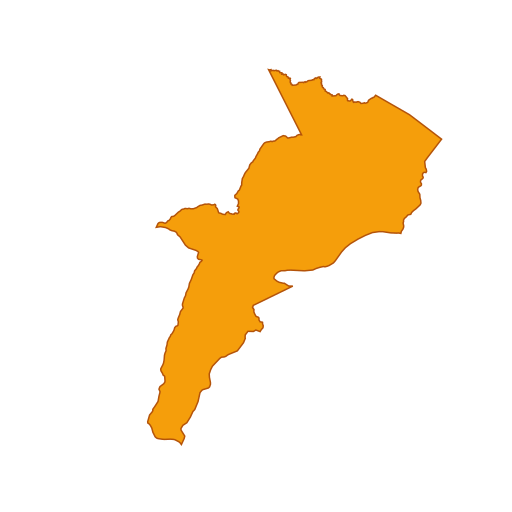 outline of Prainha, Pará, Brazil, rotated 217°
{"feature_id": "56859067B77775808132226", "entity_name": "Prainha", "entity_type": "district", "adm_level": 2, "iso_a3": "BRA", "parent_name": "Brazil", "parent_adm1": "Pará", "projection": "equal_earth", "projection_center": [-53.549, -1.918], "detail": "fine", "context": "isolated", "style": "filled", "palette": "amber", "viewbox_px": 512, "rotation_deg": 217, "n_neighbors": 0, "source": "geoboundaries", "source_scale": "gbopen_adm2", "svg_char_len": 6129}
<svg xmlns="http://www.w3.org/2000/svg" viewBox="0 0 512 512"><g transform="rotate(217 256 256)"><path d="M202.1,60.5L203.5,66.9L204.5,69.3L211.0,71.8L212.1,73.0L212.5,76.8L210.9,81.2L211.5,87.9L212.8,93.8L212.5,96.5L214.7,104.9L218.5,113.2L218.4,116.2L218.0,117.3L214.6,121.9L214.3,123.5L215.2,126.2L216.3,127.6L220.2,131.1L222.4,133.7L223.8,137.9L224.5,141.8L223.3,152.4L222.7,154.4L220.7,156.2L219.7,157.7L219.1,159.9L218.4,161.3L213.8,169.0L213.8,179.2L215.0,183.8L215.8,184.5L217.1,186.5L217.1,191.0L212.6,194.2L211.6,196.8L207.2,198.1L207.4,199.2L207.4,201.4L207.2,202.2L207.4,203.2L208.2,204.6L210.1,205.9L210.5,206.6L211.0,207.0L213.1,205.9L215.1,206.7L216.2,208.1L216.7,208.4L217.3,208.5L219.6,207.8L221.9,208.8L223.8,209.9L224.9,211.0L225.1,211.8L225.8,211.9L226.5,212.6L226.9,212.4L228.0,213.0L228.1,214.0L228.5,214.9L208.5,254.1L211.8,251.7L217.0,251.3L217.7,250.7L221.8,248.9L224.3,248.5L228.0,248.7L228.8,249.7L229.3,251.1L229.4,252.2L229.1,254.8L228.6,256.7L227.1,259.3L223.9,261.8L222.4,263.5L219.8,265.6L208.3,273.4L204.5,276.9L202.2,279.0L200.4,282.3L198.1,285.5L195.9,288.1L194.4,288.9L193.1,290.5L191.9,292.4L190.0,297.1L189.8,299.8L190.1,310.8L189.6,316.5L188.0,322.7L184.7,330.9L181.0,338.4L177.1,344.8L172.4,349.5L169.3,351.8L162.4,355.5L157.6,358.8L155.8,360.3L153.9,361.2L154.8,363.3L154.8,365.7L155.4,367.8L156.1,368.9L158.4,370.9L158.8,372.2L159.8,373.5L160.1,375.3L159.6,377.4L159.4,380.0L159.2,380.5L157.5,382.4L157.9,384.4L157.5,387.1L156.7,389.7L155.8,394.9L155.7,395.8L156.1,397.5L158.0,399.6L160.0,401.1L162.4,403.9L165.5,405.1L166.9,406.4L167.6,407.9L167.6,408.9L166.6,411.3L166.6,412.2L167.4,413.3L169.0,413.9L169.7,414.8L170.1,416.2L169.6,417.5L169.5,418.4L169.6,419.1L170.1,419.7L171.0,419.9L171.5,420.5L172.4,421.8L172.5,422.4L172.3,423.7L172.0,424.1L170.5,424.9L170.7,426.3L172.3,427.8L173.6,428.3L174.2,428.8L178.2,433.0L178.3,437.5L178.1,461.0L218.4,461.2L257.2,456.4L257.3,453.9L257.5,453.4L257.9,453.1L258.2,451.9L258.7,451.6L259.8,448.2L259.7,447.6L259.3,446.5L259.5,445.4L260.8,443.6L261.7,443.6L262.3,442.5L264.1,440.9L265.5,441.3L267.2,440.8L268.0,440.1L268.1,439.4L268.9,439.1L269.5,438.3L270.0,438.3L270.6,437.4L272.3,438.3L273.0,439.1L273.8,439.0L274.0,436.7L274.5,436.1L276.3,435.2L276.8,435.5L277.6,436.8L281.4,437.7L282.6,437.2L282.8,436.6L283.4,436.0L285.6,434.7L286.9,435.0L287.3,435.4L288.0,434.8L288.5,433.5L288.6,432.1L291.5,429.6L292.1,430.5L293.3,429.9L294.0,430.2L294.6,429.8L296.1,430.2L296.6,429.4L298.9,429.7L300.0,429.4L301.0,430.6L302.2,430.3L303.6,431.0L304.2,430.7L305.5,431.5L305.7,432.1L306.7,432.1L307.2,433.0L308.1,433.3L308.4,433.8L308.3,434.6L309.2,435.2L309.5,436.0L310.2,436.6L312.1,436.2L312.5,436.8L312.7,437.4L314.0,436.3L314.2,435.1L314.8,434.0L315.4,434.3L316.2,432.8L315.8,431.7L317.1,430.6L317.1,430.0L319.5,427.8L320.1,426.8L320.2,425.9L321.0,424.6L321.6,424.8L322.1,424.0L322.2,423.2L322.9,423.1L326.1,420.5L326.3,419.5L326.0,418.2L326.5,417.9L326.9,416.7L329.8,414.1L330.3,414.6L331.0,414.7L331.7,414.4L332.2,415.2L332.9,415.1L333.7,415.9L334.0,416.8L335.1,417.4L335.4,418.5L336.1,418.5L336.4,417.9L337.2,417.5L337.9,418.2L338.6,418.2L339.5,417.8L340.1,418.1L340.9,419.0L342.0,418.7L342.8,417.4L343.3,417.3L343.9,417.7L344.8,416.8L345.0,417.5L345.5,417.9L347.4,416.8L348.3,417.7L348.8,417.2L349.9,417.3L350.5,416.4L351.3,416.7L352.5,415.6L353.1,414.8L354.1,414.6L354.6,413.9L355.1,413.6L355.4,413.0L356.2,413.9L357.1,412.8L358.1,412.4L292.5,380.2L293.3,379.6L294.3,379.3L294.9,378.6L295.8,377.1L296.0,375.4L297.9,373.1L298.9,372.5L300.9,370.0L301.7,369.3L304.5,369.6L306.7,368.5L309.0,364.0L309.3,362.3L309.8,361.4L309.8,360.3L310.3,359.0L311.4,358.1L312.0,357.0L313.2,356.7L314.1,355.4L316.2,353.3L317.1,351.8L317.4,350.6L317.2,343.8L316.5,342.0L316.7,339.9L316.4,339.4L315.9,335.5L315.4,333.8L315.5,330.4L315.2,329.4L315.8,327.5L315.8,325.0L314.5,321.8L314.7,316.3L314.4,314.3L313.8,312.0L313.5,309.6L311.5,305.9L310.1,304.0L310.1,302.9L308.9,298.5L309.3,297.5L308.9,294.2L309.4,291.9L309.2,291.3L307.9,289.9L304.9,290.5L303.1,289.4L301.5,287.3L300.9,284.5L299.1,285.0L298.6,284.5L298.5,282.8L298.2,281.8L296.4,281.2L296.1,280.8L296.1,279.8L296.3,278.7L296.8,278.3L297.8,278.3L298.6,277.7L298.9,276.7L298.6,276.2L300.4,275.0L301.2,274.9L302.4,274.2L303.4,274.2L304.8,274.6L305.7,272.8L305.5,270.6L307.7,269.3L309.8,268.9L311.5,268.1L312.0,268.2L315.5,270.6L317.9,270.9L318.6,272.2L319.3,272.6L320.1,272.5L320.4,271.6L322.2,270.0L324.0,269.6L325.2,269.0L326.4,267.8L328.1,266.6L329.8,264.1L331.1,262.8L332.1,260.4L332.5,259.0L334.5,256.0L336.4,254.5L338.2,253.8L339.2,252.5L341.3,251.3L342.1,249.8L342.8,249.2L343.4,248.2L343.6,246.4L344.4,244.3L345.2,239.4L345.7,238.1L347.1,236.7L347.1,235.5L346.7,233.9L346.9,231.9L347.5,231.1L347.6,229.0L348.0,227.9L348.3,227.4L351.1,226.5L353.1,224.9L353.6,224.0L353.8,222.9L352.9,218.9L350.0,221.9L345.4,224.3L342.1,225.1L340.8,225.0L338.7,225.5L336.1,226.7L334.3,227.0L332.5,226.5L331.8,225.9L331.0,225.7L328.2,225.6L318.9,222.2L314.7,221.9L307.2,224.4L304.8,224.6L304.0,224.3L302.5,220.2L301.5,219.1L299.9,218.8L297.3,220.1L296.5,220.2L296.4,218.8L297.0,217.2L296.5,215.5L296.3,213.6L296.4,211.8L296.0,210.2L296.1,207.2L295.2,205.3L295.1,203.0L293.6,198.4L292.7,194.1L291.0,190.8L290.4,188.7L289.7,184.5L288.4,181.9L288.0,179.4L285.8,173.3L284.9,172.2L283.5,171.3L282.9,170.4L282.9,166.2L281.7,163.3L280.9,160.1L280.3,158.3L279.9,157.8L278.4,156.7L276.7,153.8L276.7,153.1L277.7,151.6L277.8,149.8L277.0,147.9L276.7,146.8L276.3,143.4L276.6,141.7L276.0,140.1L276.1,138.9L275.0,133.9L273.6,131.5L272.3,128.0L270.8,126.2L270.2,123.7L269.4,121.7L266.7,117.5L265.4,114.8L264.9,113.0L264.2,108.7L263.7,107.9L262.6,107.0L260.3,106.1L258.2,104.9L257.2,105.1L256.5,104.9L253.4,101.4L252.9,100.3L252.8,98.4L254.1,94.0L253.7,92.3L253.3,91.2L251.1,90.0L250.6,89.2L249.1,85.6L246.7,80.9L246.2,74.4L246.2,72.0L245.9,71.0L245.5,70.8L245.1,69.5L245.3,65.0L242.8,58.5L241.9,57.5L240.4,57.6L238.6,57.2L235.7,55.9L232.3,53.2L228.5,51.3L227.7,50.9L225.7,50.8L224.4,51.2L220.7,53.2L218.8,54.4L214.3,58.1L211.5,59.9L210.1,60.5L205.9,61.2L204.5,61.2L202.1,60.5Z" fill="#f59e0b" stroke="#b45309" stroke-width="1.5"/></g></svg>